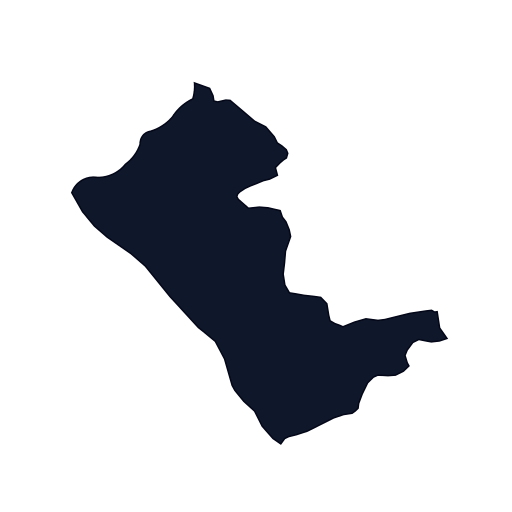 Jarablus, Aleppo, Syria, rotated 248°
{"feature_id": "27442178B60985416821817", "entity_name": "Jarablus", "entity_type": "district", "adm_level": 2, "iso_a3": "SYR", "parent_name": "Syria", "parent_adm1": "Aleppo", "projection": "robinson", "projection_center": [38.008, 36.678], "detail": "fine", "context": "isolated", "style": "filled", "palette": "ink", "viewbox_px": 512, "rotation_deg": 248, "n_neighbors": 0, "source": "geoboundaries", "source_scale": "gbopen_adm2", "svg_char_len": 5945}
<svg xmlns="http://www.w3.org/2000/svg" viewBox="0 0 512 512"><g transform="rotate(248 256 256)"><path d="M136.5,403.1L137.1,400.6L139.9,398.4L141.4,392.9L145.2,377.1L147.1,363.8L148.8,351.8L150.6,345.0L156.6,334.4L157.8,322.7L157.8,310.1L160.4,307.6L163.8,303.8L168.2,300.4L173.8,301.2L185.2,303.8L193.4,300.5L196.8,294.6L201.6,285.7L206.2,278.4L209.3,273.2L218.3,271.9L229.0,274.4L239.0,279.9L249.5,285.2L261.1,295.4L267.9,296.6L276.4,296.6L282.2,295.0L289.0,295.4L296.2,285.2L300.1,277.4L303.1,266.9L308.4,264.2L315.2,260.8L318.2,260.4L320.3,262.2L321.5,264.9L322.8,271.2L323.1,277.2L323.0,283.2L323.1,291.0L322.2,297.4L322.8,306.1L330.7,307.1L333.3,312.9L334.9,317.7L335.5,320.9L339.3,323.9L343.2,323.9L348.4,321.2L352.9,318.1L359.7,317.6L372.1,313.4L381.5,305.2L394.4,298.5L410.0,290.3L411.9,286.4L413.2,278.2L415.5,275.0L420.7,276.2L428.8,275.8L439.5,263.8L439.1,263.7L438.6,263.5L438.1,263.3L437.5,263.1L437.1,262.9L436.6,262.8L436.2,262.6L435.7,262.4L435.2,262.2L434.8,262.0L434.4,261.8L433.9,261.6L433.5,261.4L432.9,261.1L432.4,260.9L432.0,260.6L431.6,260.4L431.2,260.1L430.7,259.9L430.2,259.6L429.7,259.3L429.3,259.1L428.9,258.8L428.5,258.5L428.1,258.3L427.7,258.0L427.3,257.7L426.9,257.4L426.5,257.1L426.1,256.8L425.7,256.5L425.3,256.2L425.3,255.4L425.2,254.6L425.2,254.0L425.1,253.5L425.0,252.6L424.9,251.8L424.7,251.0L424.6,250.2L424.5,249.6L424.4,249.1L424.2,248.3L424.0,247.5L423.9,246.9L423.7,246.4L423.5,245.6L423.3,244.8L423.0,244.0L422.8,243.2L422.5,242.4L422.2,241.7L421.9,240.9L421.6,240.1L421.2,239.4L420.9,238.6L420.6,238.1L420.3,237.3L419.9,236.6L419.6,236.1L419.4,235.6L419.0,234.9L418.5,234.2L418.1,233.5L417.7,232.7L417.2,232.0L416.7,231.4L416.3,230.7L416.0,230.2L415.8,229.7L415.5,229.2L415.3,228.7L415.1,228.2L414.9,227.7L414.6,227.2L414.4,226.7L414.2,226.2L414.0,225.7L413.8,225.2L413.7,224.7L413.5,224.2L413.3,223.7L413.1,223.1L413.0,222.6L412.8,222.1L412.7,221.6L412.5,221.1L412.4,220.5L412.3,220.0L412.2,219.5L412.0,218.7L411.9,218.2L411.8,217.6L411.7,217.1L411.6,216.6L411.5,215.8L411.4,215.2L411.3,214.7L411.2,213.9L411.2,213.3L411.1,212.8L411.1,212.5L411.1,212.0L411.0,211.5L411.0,211.2L411.0,210.6L411.0,210.1L411.0,209.6L411.0,209.3L411.0,208.8L411.0,208.2L411.0,207.7L411.0,207.4L411.1,206.9L411.1,206.6L411.1,206.1L411.1,205.5L411.2,204.7L411.3,204.2L411.4,203.8L411.4,203.5L411.4,203.3L411.5,202.9L411.5,202.4L411.5,202.0L411.5,201.7L411.5,201.3L411.5,201.1L411.4,200.6L411.4,200.4L411.4,200.1L411.3,199.7L411.2,199.4L411.1,199.0L411.0,198.7L410.9,198.3L410.8,198.0L410.8,197.8L410.6,197.5L410.6,197.3L410.4,197.0L410.3,196.7L410.1,196.4L410.0,196.2L409.8,195.9L409.6,195.6L409.5,195.4L409.4,195.3L409.2,195.0L409.0,194.7L408.8,194.4L408.5,194.1L408.4,194.0L408.3,193.9L408.0,193.6L407.9,193.5L407.7,193.2L407.4,193.0L407.1,192.7L406.8,192.5L406.5,192.3L406.2,192.1L405.8,191.8L405.5,191.6L405.1,191.4L404.7,191.1L404.3,191.0L404.2,190.9L403.8,190.8L403.5,190.6L403.1,190.5L402.6,190.0L402.2,189.7L401.8,189.3L401.4,189.0L400.9,188.4L400.5,188.0L400.2,187.7L399.8,187.3L399.3,186.7L398.9,186.4L398.6,186.0L398.3,185.6L397.8,185.0L397.5,184.6L397.0,184.0L396.7,183.6L396.4,183.2L396.0,182.5L395.5,181.9L395.3,181.5L395.0,181.0L394.6,180.4L394.3,179.9L394.1,179.5L393.8,179.1L393.6,178.6L393.2,177.9L393.0,177.5L392.8,177.0L392.5,176.3L392.2,175.9L392.0,175.4L391.7,174.7L391.6,174.2L391.4,173.8L391.2,173.3L391.0,172.8L390.9,172.3L390.7,171.8L390.5,171.1L390.3,170.4L390.1,169.9L390.0,169.4L389.7,168.8L389.4,168.2L389.2,168.0L389.0,167.4L388.7,166.8L388.5,166.5L388.3,165.9L388.0,165.3L387.9,165.0L387.7,164.3L387.4,163.7L387.2,163.1L387.1,162.8L387.0,162.5L386.8,161.9L386.8,161.5L386.6,160.9L386.4,160.3L386.4,160.0L386.2,159.3L386.1,159.0L386.1,158.7L386.0,158.0L385.9,157.7L385.8,157.1L385.7,156.4L385.7,156.1L385.6,155.4L385.6,155.1L385.5,154.5L385.5,154.1L385.5,153.5L385.5,153.2L385.5,152.5L385.5,152.2L385.5,151.9L385.5,151.2L385.5,150.5L385.5,150.2L385.5,149.6L385.6,149.2L385.6,148.9L385.7,148.3L385.7,147.6L385.8,147.3L385.9,146.6L385.9,146.3L386.1,145.7L386.1,145.4L386.2,144.7L386.4,144.1L386.5,143.8L386.5,143.4L386.7,142.8L386.9,142.2L387.1,141.5L387.2,141.2L387.4,140.6L387.6,140.0L387.7,139.7L388.0,139.1L388.2,138.5L388.3,138.2L388.5,137.9L388.7,137.6L388.9,137.2L389.0,136.9L389.2,136.6L389.3,136.3L389.5,136.0L389.6,135.6L389.8,135.3L389.9,135.0L390.1,134.7L390.2,134.3L390.3,134.0L390.4,133.7L390.5,133.3L390.6,133.0L390.7,132.6L390.8,132.3L390.9,132.0L391.0,131.6L391.1,131.3L391.2,130.9L391.2,130.6L391.3,130.2L391.3,129.9L391.4,129.5L391.4,129.2L391.5,128.8L391.5,128.5L391.6,128.1L391.6,127.8L391.6,127.4L391.6,127.1L391.6,126.7L391.6,126.3L391.6,126.0L391.6,125.6L391.6,125.3L391.6,124.9L391.6,124.6L391.5,124.2L391.5,123.9L391.5,123.5L391.4,123.2L391.4,122.8L391.3,122.5L391.2,122.1L391.2,121.8L391.1,121.4L391.0,121.1L390.9,120.7L390.8,120.4L390.7,120.0L390.6,119.7L390.5,119.4L390.4,119.0L390.3,118.7L390.2,118.4L390.1,118.0L389.9,117.7L389.8,117.4L389.7,117.0L389.5,116.7L389.4,116.4L389.2,116.1L389.0,115.8L388.9,115.4L388.7,115.1L388.5,114.8L388.3,114.5L388.2,114.2L388.0,113.9L387.8,113.6L387.6,113.3L387.4,113.0L387.2,112.7L386.9,112.4L386.7,112.2L386.5,111.9L386.3,111.6L386.1,111.3L385.8,111.1L385.6,110.8L385.3,110.5L385.1,110.3L384.8,110.0L384.6,109.8L384.3,109.5L384.1,109.3L383.7,108.9L361.9,111.8L357.1,113.4L355.6,113.8L344.3,117.4L329.2,125.1L305.0,141.0L288.1,149.6L250.5,161.1L240.7,164.8L211.2,175.8L206.1,178.7L192.1,186.3L172.3,188.3L144.9,185.4L139.2,186.1L133.4,187.9L125.7,190.3L112.7,196.6L95.8,198.0L80.4,203.4L72.5,208.6L76.0,214.2L76.3,218.7L75.2,226.5L74.4,238.1L76.8,267.3L76.2,277.8L74.2,286.2L75.1,289.9L76.6,293.6L80.9,296.0L88.3,302.8L96.6,312.0L99.7,319.4L99.9,324.1L98.1,328.3L95.6,333.6L93.3,340.7L94.0,349.6L96.8,356.6L100.3,356.2L108.0,356.9L112.1,360.9L117.1,369.0L117.6,375.7L113.4,382.1L110.7,386.4L108.5,394.3L108.0,402.2L111.1,401.5L120.5,399.3L126.8,400.8L136.5,403.1Z" fill="#0f172a" stroke="#020617" stroke-width="1.5"/></g></svg>